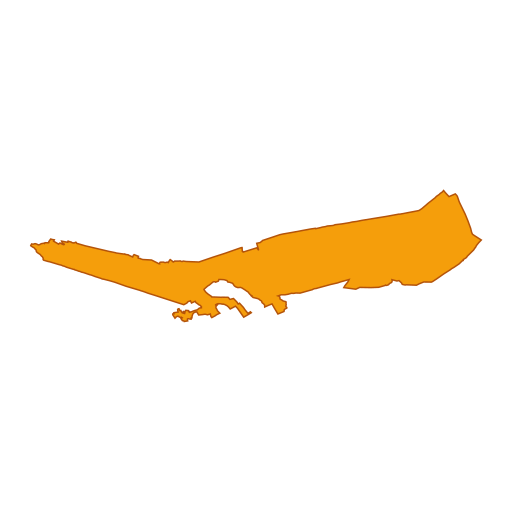 Ceplenita, Iasi, Romania (Robinson projection)
{"feature_id": "2599482B12453370715031", "entity_name": "Ceplenita", "entity_type": "district", "adm_level": 2, "iso_a3": "ROU", "parent_name": "Romania", "parent_adm1": "Iasi", "projection": "robinson", "projection_center": [26.945, 47.387], "detail": "fine", "context": "isolated", "style": "filled", "palette": "amber", "viewbox_px": 512, "rotation_deg": 0, "n_neighbors": 0, "source": "geoboundaries", "source_scale": "gbopen_adm2", "svg_char_len": 5959}
<svg xmlns="http://www.w3.org/2000/svg" viewBox="0 0 512 512"><path d="M432.5,281.6L436.5,279.0L443.9,273.8L450.4,269.7L451.6,268.7L453.9,267.4L459.2,263.8L462.3,260.8L463.2,260.5L463.3,260.3L463.1,259.8L463.2,259.6L466.1,257.8L466.6,257.3L467.3,256.2L473.6,250.0L475.1,247.7L475.4,247.6L476.3,245.8L477.0,244.8L478.9,242.5L481.3,240.0L474.3,235.5L472.7,234.4L472.3,233.9L471.6,232.2L470.6,228.2L467.9,220.8L465.1,214.0L459.7,202.9L459.1,201.5L457.4,196.5L456.9,195.6L455.3,193.9L449.0,196.6L445.3,192.6L443.6,190.5L442.3,192.0L440.1,193.5L439.3,194.4L436.5,196.3L435.6,197.2L435.2,197.7L428.3,203.1L421.9,208.6L419.2,210.4L418.2,210.7L399.7,214.2L399.0,214.1L386.4,216.4L361.7,220.4L356.8,221.4L352.2,222.0L349.3,222.7L341.9,223.9L335.1,224.7L333.4,225.4L332.0,225.6L327.3,226.0L325.4,226.6L322.2,227.1L320.9,227.5L315.7,228.7L315.4,228.3L310.5,229.0L291.6,232.5L282.9,234.0L279.8,234.7L262.5,240.5L262.3,240.9L261.5,241.4L260.3,242.5L256.7,243.3L258.5,249.7L258.3,249.8L256.8,247.8L243.4,252.0L243.2,251.7L242.9,251.8L242.6,251.3L242.4,251.3L242.1,248.9L242.2,247.9L242.0,247.5L240.4,247.9L225.3,253.2L212.9,257.2L198.9,262.0L186.1,261.5L183.3,261.1L183.1,261.1L182.3,261.5L181.9,261.5L180.9,261.3L180.2,260.9L178.9,261.1L176.4,261.1L175.6,261.2L175.0,261.0L174.6,261.1L174.2,261.5L173.2,262.0L171.9,260.8L170.2,259.6L169.7,260.1L168.2,262.6L167.2,262.1L165.4,262.6L165.0,262.6L163.3,262.1L160.2,262.2L159.7,262.9L159.4,263.6L159.5,263.8L159.1,263.8L151.5,260.0L142.7,259.5L141.1,259.0L139.9,258.4L139.3,258.4L138.6,258.2L138.1,258.0L138.1,257.8L138.2,257.1L138.5,256.3L134.1,254.6L133.3,255.4L132.7,257.0L128.7,255.2L128.2,254.8L125.2,254.4L124.8,253.9L124.2,254.1L116.3,253.0L115.5,252.7L108.6,251.3L85.2,245.8L76.6,243.3L76.1,242.3L75.6,242.2L74.3,242.9L73.8,243.0L73.5,242.8L72.6,242.8L71.9,242.6L71.4,242.1L70.4,241.9L69.8,241.6L68.7,241.5L68.5,241.2L68.0,241.1L67.9,241.3L68.1,241.9L67.8,242.3L61.6,241.1L62.3,242.8L63.4,243.7L64.0,243.9L64.2,244.5L63.6,244.7L62.7,244.4L60.1,243.0L59.6,243.1L58.6,244.1L53.6,241.2L54.3,239.8L52.3,239.5L50.7,239.0L48.8,241.6L48.9,242.4L48.8,242.7L48.5,242.8L45.0,242.7L44.7,243.1L44.5,243.5L43.9,243.2L41.2,243.7L39.7,244.6L38.6,244.9L37.7,244.6L36.8,244.1L35.5,243.7L34.7,243.7L33.4,244.1L32.8,244.2L31.7,243.9L30.7,245.5L30.9,245.9L31.2,246.1L31.7,246.4L33.2,247.4L33.6,247.5L34.6,248.3L34.9,248.7L35.1,249.1L36.0,249.8L36.4,251.6L36.7,252.0L37.6,252.8L40.2,254.5L41.4,256.0L42.4,256.8L43.2,258.3L43.1,259.2L43.2,259.7L43.7,260.2L48.1,261.5L49.7,261.8L53.0,262.8L59.3,264.7L61.5,265.2L62.6,265.8L64.5,266.3L66.5,267.2L73.6,269.4L74.3,269.4L74.6,269.8L77.3,270.6L78.4,271.1L80.1,271.5L81.4,272.1L83.6,272.6L89.7,274.7L91.4,275.1L95.0,276.5L101.0,278.4L102.2,279.0L103.7,279.2L109.6,280.7L114.7,282.2L126.2,286.3L139.7,290.3L141.3,290.9L142.6,291.2L143.2,291.5L143.7,291.6L148.0,293.2L155.0,295.4L183.8,304.7L186.8,303.1L188.0,301.7L190.4,300.8L191.5,303.0L195.2,301.3L195.8,302.4L196.3,302.9L197.3,303.5L198.7,304.7L200.3,305.4L201.3,306.6L201.5,306.9L201.1,307.2L201.3,307.8L199.3,308.1L197.3,309.8L194.7,310.5L192.3,311.4L191.7,311.7L189.6,312.3L189.6,311.8L188.8,311.7L188.6,311.5L188.6,310.6L185.8,310.3L185.0,311.6L183.4,311.4L182.8,312.4L184.8,312.9L184.6,313.5L182.2,312.8L181.2,311.3L180.8,310.4L179.8,310.5L179.0,308.7L178.3,308.8L177.8,309.2L177.6,309.7L178.1,312.1L174.3,312.6L173.8,312.8L174.0,313.6L173.5,313.5L172.9,313.8L172.7,314.1L172.9,315.0L175.0,318.2L176.2,316.9L177.6,316.2L178.7,316.4L179.2,317.0L179.4,317.0L180.4,317.4L180.9,317.4L181.3,317.2L182.2,317.8L181.0,318.7L182.4,320.6L182.6,320.5L183.7,320.9L184.0,321.1L184.2,321.5L187.7,320.9L187.4,319.8L187.5,318.9L188.5,318.7L189.1,318.9L191.1,319.2L191.2,317.9L191.9,317.9L192.1,316.1L192.8,314.0L193.8,312.8L195.8,311.9L196.8,311.9L198.7,315.0L202.5,314.6L205.1,314.2L207.5,314.8L210.3,314.0L210.8,316.1L211.0,316.7L211.8,317.6L215.7,315.5L216.3,314.9L219.8,313.2L217.3,310.6L216.9,309.4L216.0,308.0L215.9,307.4L216.0,306.3L217.2,305.0L215.9,305.1L215.6,305.0L215.6,304.8L216.6,304.2L217.5,303.8L218.2,303.7L220.9,303.8L222.3,304.2L223.0,304.0L223.8,304.3L224.7,304.5L227.0,305.7L228.2,306.7L228.7,307.2L230.2,309.0L235.5,306.2L237.5,308.3L243.7,317.2L248.7,314.3L251.3,312.7L250.4,311.8L248.0,313.4L245.0,309.8L243.4,307.4L241.0,304.8L239.5,303.2L238.2,304.0L236.8,301.9L233.5,298.5L229.9,299.4L228.3,297.4L228.0,297.4L227.6,297.3L221.8,297.2L221.5,297.3L213.6,297.0L211.8,297.0L211.6,296.5L208.2,294.2L206.3,292.6L205.7,292.0L204.0,289.7L204.0,289.3L204.3,289.0L207.7,286.0L209.4,285.0L213.0,282.0L213.8,281.7L215.1,281.8L215.6,282.2L218.4,281.1L218.9,279.5L220.8,279.5L224.1,279.7L227.0,280.6L227.8,282.0L229.7,282.3L232.6,283.3L234.3,285.8L235.6,286.8L237.8,287.6L240.6,287.4L242.0,288.0L245.3,290.1L247.1,291.4L247.7,291.6L249.9,294.3L251.4,295.6L251.6,295.7L251.3,295.9L253.1,297.5L256.6,298.3L257.1,298.5L257.8,298.6L259.0,299.2L260.0,300.1L261.4,300.9L261.6,301.2L261.9,302.0L262.0,302.6L263.6,303.9L264.2,304.5L264.6,305.1L264.7,307.0L268.3,305.4L272.0,303.9L274.5,308.3L277.9,314.0L284.0,311.5L284.3,309.6L285.8,308.5L286.4,308.4L286.9,307.9L286.7,307.3L285.9,306.5L285.7,306.0L286.1,305.3L286.2,304.4L286.1,304.2L286.0,303.3L286.1,302.5L286.0,301.8L285.6,301.6L283.2,301.0L281.8,300.0L280.2,299.2L279.9,298.2L279.9,297.2L279.7,296.9L279.0,296.2L278.1,295.9L281.1,294.8L284.9,294.8L287.9,294.3L291.4,293.3L293.7,293.4L295.9,293.0L300.1,293.1L311.1,290.0L312.3,289.7L313.3,289.1L314.8,288.6L315.8,288.6L317.8,288.0L326.6,285.6L330.6,284.5L337.6,282.9L340.5,281.9L349.1,279.5L347.9,281.9L344.9,285.7L343.8,287.6L355.8,289.2L359.7,287.4L371.0,287.6L378.7,287.3L385.0,285.5L385.4,285.1L386.0,285.4L386.6,285.4L388.4,284.8L388.9,284.4L389.1,283.9L390.4,283.0L391.4,282.6L391.7,282.3L392.0,281.6L392.2,280.3L392.0,279.7L396.9,281.0L399.0,280.6L401.5,282.9L402.0,284.0L402.4,284.4L404.0,284.8L405.3,285.0L406.3,284.8L416.5,285.2L419.0,283.9L423.7,282.0L431.4,282.1L432.5,281.6Z" fill="#f59e0b" stroke="#b45309" stroke-width="1.5"/></svg>